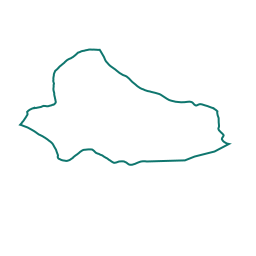 the district of Planard, Micoud, Saint Lucia, rotated 124°
{"feature_id": "8701671B69185125078741", "entity_name": "Planard", "entity_type": "district", "adm_level": 2, "iso_a3": "LCA", "parent_name": "Saint Lucia", "parent_adm1": "Micoud", "projection": "equal_earth", "projection_center": [-60.914, 13.806], "detail": "fine", "context": "isolated", "style": "outline", "palette": "teal", "viewbox_px": 256, "rotation_deg": 124, "n_neighbors": 0, "source": "geoboundaries", "source_scale": "gbopen_adm2", "svg_char_len": 5845}
<svg xmlns="http://www.w3.org/2000/svg" viewBox="0 0 256 256"><g transform="rotate(124 128 128)"><path d="M192.2,168.2L192.1,167.8L192.0,167.4L191.9,166.2L191.7,165.2L191.5,164.5L191.2,163.7L190.7,162.7L190.5,162.3L190.2,161.6L190.0,161.1L189.8,160.8L189.7,160.6L189.3,160.1L189.0,159.9L188.2,159.2L187.9,159.0L187.5,158.7L186.8,158.3L186.0,158.0L185.2,157.7L184.5,157.4L183.8,157.1L183.5,157.0L182.8,157.0L182.5,156.9L180.9,156.4L180.2,156.2L178.8,155.6L178.2,155.4L176.4,154.8L174.8,154.4L174.0,154.1L172.5,153.5L171.4,152.9L171.0,152.6L170.4,151.9L169.6,150.9L169.3,150.6L169.0,150.2L168.3,149.4L167.8,148.7L166.8,147.2L166.7,147.1L166.3,146.4L166.0,145.9L165.9,145.6L165.9,145.0L165.9,144.5L166.0,143.4L166.1,142.9L166.2,142.4L166.3,142.0L166.4,141.2L166.5,141.0L166.5,140.7L166.4,140.2L166.2,138.9L166.1,138.7L166.0,138.4L165.8,137.8L165.7,137.0L165.7,136.7L165.6,135.9L165.2,134.4L165.1,133.9L165.2,132.1L165.1,130.7L165.1,129.8L164.9,129.1L164.9,128.1L164.9,127.2L165.0,126.5L165.0,125.4L164.9,124.7L165.0,122.9L164.9,121.6L164.9,121.2L164.7,120.4L164.7,120.2L164.3,119.6L163.7,119.0L163.1,118.4L162.4,117.9L162.0,117.6L160.9,116.8L160.8,116.7L160.6,116.5L160.0,115.7L159.3,114.8L158.6,113.8L158.5,113.5L158.2,113.1L158.0,112.7L157.9,112.2L157.8,111.3L157.6,110.3L157.6,110.0L157.6,109.8L157.6,109.3L157.7,108.6L157.7,107.6L157.7,106.9L157.6,106.6L157.6,106.4L157.5,106.2L157.3,105.7L157.1,105.4L156.9,105.0L156.4,104.4L155.9,103.8L155.6,103.6L154.6,102.8L153.9,102.2L153.4,101.9L152.6,101.4L151.5,100.7L150.5,100.0L150.2,99.8L149.5,99.3L148.9,98.8L148.4,98.4L148.1,98.0L147.3,97.1L146.5,95.9L146.2,95.5L145.9,94.9L145.7,94.7L145.4,93.9L123.0,62.7L114.4,56.8L99.1,43.1L84.8,35.4L85.5,37.1L85.7,38.6L85.8,40.6L85.6,42.1L84.8,43.9L84.0,44.3L82.9,44.4L82.4,44.3L80.9,44.5L80.5,44.7L80.3,45.2L79.9,46.5L79.7,48.1L79.4,49.5L79.0,51.3L78.4,52.3L77.9,52.8L76.9,53.1L76.3,53.2L75.4,53.7L74.0,54.8L72.7,55.9L69.1,58.4L67.3,60.8L66.1,62.0L65.3,62.7L64.2,63.2L63.9,65.3L63.9,66.7L64.0,68.3L63.8,68.4L64.3,69.8L65.1,73.1L65.3,74.1L66.2,76.9L67.1,80.0L67.8,81.4L68.2,81.9L69.2,82.7L70.3,83.3L71.3,84.1L71.5,84.9L71.5,86.2L71.3,86.9L70.9,88.5L70.9,89.5L71.2,90.5L71.8,91.8L73.1,93.4L75.0,95.6L77.0,98.4L78.2,100.6L79.7,103.4L80.1,104.6L80.7,106.1L81.3,107.8L81.8,109.6L82.0,112.1L82.1,119.3L82.3,120.9L83.6,125.0L85.1,129.0L85.4,130.1L86.4,132.4L87.2,135.3L87.4,136.9L87.8,138.2L88.1,140.2L88.1,143.2L88.0,144.5L87.8,145.8L87.4,150.3L86.8,153.1L86.4,154.8L86.1,157.7L86.2,159.0L86.9,161.9L87.0,164.4L87.1,165.7L86.8,169.5L86.6,171.3L86.5,176.2L86.4,177.9L86.1,179.5L85.5,181.7L85.1,183.4L84.5,184.7L83.8,185.8L82.6,187.6L80.9,191.1L79.7,193.6L79.0,195.2L79.3,195.5L80.0,196.5L80.2,196.9L80.8,198.0L81.5,199.1L82.0,200.0L82.7,201.0L83.0,201.4L83.3,201.9L83.9,202.9L84.2,203.4L84.5,203.8L85.0,204.4L85.4,204.7L86.0,205.3L86.7,206.0L87.3,206.6L87.9,207.1L88.3,207.4L88.6,207.7L89.3,208.5L90.4,209.5L90.7,209.7L91.8,210.3L92.2,210.6L92.6,210.9L93.2,211.3L93.3,211.5L94.0,211.7L94.6,211.9L95.0,211.9L95.3,212.0L95.5,212.0L95.8,212.1L96.0,212.1L96.4,212.3L96.9,212.4L97.7,212.6L98.9,213.0L99.6,213.2L99.8,213.3L100.1,213.4L100.7,213.7L101.2,214.0L101.8,214.2L102.2,214.4L102.6,214.7L102.9,214.9L103.1,215.0L103.8,215.5L105.0,216.1L105.4,216.3L106.2,216.6L106.9,216.8L107.1,216.8L108.5,217.2L109.5,217.3L111.1,217.8L112.8,218.3L113.9,218.6L114.4,218.8L115.1,219.0L116.1,219.2L116.8,219.2L116.9,219.3L118.4,219.5L119.6,219.8L120.7,220.1L121.0,220.2L121.2,220.3L121.7,220.2L123.4,219.9L123.8,219.8L124.3,219.7L124.8,219.5L125.3,219.3L125.9,218.9L126.2,218.7L126.6,218.6L127.3,218.3L127.4,218.2L128.2,217.9L128.5,217.7L129.3,217.1L130.0,216.6L130.7,216.4L130.8,216.3L131.1,216.0L132.2,214.7L132.4,214.4L132.6,214.2L132.8,214.1L133.0,214.0L133.5,213.9L133.8,213.8L134.1,213.6L134.3,213.5L134.8,213.1L135.2,212.8L135.7,212.6L136.3,212.2L137.0,211.9L137.5,211.6L138.0,211.1L138.3,210.9L138.6,210.6L138.8,210.5L139.0,210.2L139.5,209.6L140.3,208.7L140.7,208.4L141.5,207.9L142.2,207.2L142.5,206.9L142.7,206.6L142.9,206.5L143.2,206.1L143.5,205.8L144.2,205.1L144.5,204.8L144.8,204.5L144.9,204.3L145.2,204.0L145.3,203.9L145.8,203.5L146.2,203.0L146.5,202.7L146.9,202.4L147.3,202.2L147.5,202.2L148.2,202.2L148.4,202.2L148.5,202.2L148.8,202.3L149.0,202.4L149.5,202.4L150.0,202.6L150.3,202.8L150.6,203.0L150.8,203.4L150.9,203.5L151.6,203.9L152.2,204.3L152.3,204.4L152.6,204.7L153.3,205.3L153.7,205.7L154.2,206.0L154.7,206.5L155.3,207.3L155.5,207.7L155.7,208.2L156.1,209.0L156.7,210.0L157.0,210.5L157.4,210.7L157.7,211.0L158.9,211.7L159.2,211.9L159.5,212.2L159.8,212.5L161.9,214.6L162.5,215.1L163.1,215.9L163.6,216.4L164.0,216.8L164.1,217.0L164.3,217.2L164.1,217.3L164.8,217.8L165.3,218.2L165.9,218.6L167.0,219.2L167.3,219.4L167.5,219.5L168.1,219.8L168.4,219.9L169.2,220.2L169.9,220.4L170.2,220.4L170.7,220.5L170.9,220.6L171.0,220.5L171.5,220.2L172.0,219.7L172.3,219.4L172.6,219.1L172.9,219.0L173.0,218.9L173.4,218.8L173.7,218.8L173.8,218.8L174.2,218.8L174.5,218.8L174.8,218.8L175.6,218.7L176.9,218.7L180.6,218.7L180.8,218.7L181.1,218.7L181.5,218.8L181.9,218.9L182.2,218.9L182.4,218.9L183.0,218.9L183.9,218.9L184.1,219.0L185.6,219.2L185.3,218.3L185.2,218.1L185.1,217.6L184.8,216.1L184.2,213.6L183.9,212.4L183.7,211.4L183.6,210.4L183.3,207.0L183.2,205.6L183.1,204.1L183.1,202.3L183.2,199.7L183.2,199.2L183.2,198.2L183.1,197.5L182.9,196.6L182.9,196.1L182.8,195.7L182.7,194.8L182.6,194.3L182.6,192.7L182.5,191.8L182.5,190.4L182.5,189.7L182.5,188.9L182.5,188.5L182.7,186.3L182.7,185.6L182.7,185.0L182.8,184.0L182.9,183.3L183.1,182.3L183.2,181.8L183.4,181.4L183.9,180.3L184.9,178.4L185.7,176.7L186.0,176.1L186.3,175.5L187.7,173.7L188.1,173.1L188.5,172.6L189.0,171.9L189.2,171.5L189.8,170.9L189.9,170.7L190.3,170.5L190.7,170.3L190.9,170.3L191.1,170.2L191.4,170.0L191.6,169.7L192.0,169.1L192.1,168.8L192.2,168.5L192.2,168.2Z" fill="none" stroke="#0f766e" stroke-width="2"/></g></svg>